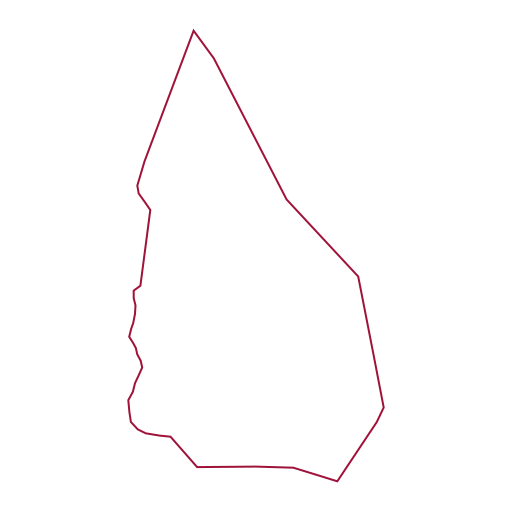 Floresta do Piauí, Piauí, Brazil
{"feature_id": "56859067B30804190788438", "entity_name": "Floresta do Piauí", "entity_type": "district", "adm_level": 2, "iso_a3": "BRA", "parent_name": "Brazil", "parent_adm1": "Piauí", "projection": "robinson", "projection_center": [-41.832, -7.451], "detail": "fine", "context": "isolated", "style": "outline", "palette": "rose", "viewbox_px": 512, "rotation_deg": 0, "n_neighbors": 0, "source": "geoboundaries", "source_scale": "gbopen_adm2", "svg_char_len": 617}
<svg xmlns="http://www.w3.org/2000/svg" viewBox="0 0 512 512"><path d="M337.3,481.3L376.8,422.0L383.7,407.5L373.9,356.6L365.6,314.2L358.2,276.5L286.6,199.5L213.8,58.3L193.6,30.7L144.5,161.4L137.3,185.6L138.7,193.5L145.3,202.7L150.3,210.0L140.4,285.7L133.7,290.6L133.7,298.2L135.5,305.4L135.0,313.9L133.2,323.1L131.2,328.7L129.2,336.8L132.9,342.6L135.9,348.1L137.2,354.2L140.7,360.8L142.2,367.5L139.3,374.0L135.0,383.2L132.9,391.7L128.3,400.2L129.4,412.1L130.9,422.0L137.8,429.4L145.7,433.3L159.7,435.6L170.5,436.7L197.1,467.1L255.7,466.6L293.3,467.7L337.3,481.3Z" fill="none" stroke="#9f1239" stroke-width="2"/></svg>